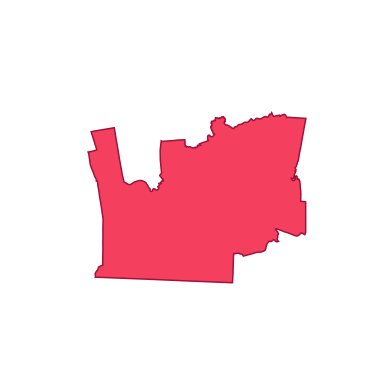 Crevedia Mare, Giurgiu, Romania (orthographic projection), rotated 124°
{"feature_id": "2599482B65943054980402", "entity_name": "Crevedia Mare", "entity_type": "district", "adm_level": 2, "iso_a3": "ROU", "parent_name": "Romania", "parent_adm1": "Giurgiu", "projection": "orthographic", "projection_center": [25.603, 44.429], "detail": "fine", "context": "isolated", "style": "filled", "palette": "rose", "viewbox_px": 384, "rotation_deg": 124, "n_neighbors": 0, "source": "geoboundaries", "source_scale": "gbopen_adm2", "svg_char_len": 5978}
<svg xmlns="http://www.w3.org/2000/svg" viewBox="0 0 384 384"><g transform="rotate(124 192 192)"><path d="M316.7,224.6L304.7,205.2L297.0,192.7L289.7,181.0L267.8,145.3L244.6,107.7L237.4,112.0L221.8,121.8L219.8,122.9L219.3,122.1L218.6,121.5L217.0,119.6L216.6,118.9L216.5,118.5L216.6,118.0L216.6,117.7L215.8,116.3L215.7,115.9L215.8,114.5L216.4,113.8L216.4,113.6L210.3,108.3L209.3,107.4L208.4,106.5L207.5,106.2L206.2,104.8L204.4,103.0L203.9,102.0L203.4,101.4L200.4,99.2L199.1,98.8L197.2,99.3L196.6,99.7L195.7,100.0L193.1,100.8L189.9,100.7L189.6,100.5L189.3,99.3L188.8,98.7L187.5,98.1L186.2,97.9L185.7,97.4L185.6,97.1L185.6,96.7L186.2,95.6L186.2,95.1L185.9,93.9L184.6,92.6L184.5,92.8L184.3,93.6L183.8,94.6L183.5,95.0L182.7,95.5L181.7,95.6L180.9,96.2L180.4,96.8L178.9,96.7L178.3,96.9L177.9,97.5L177.3,98.5L176.2,102.0L175.3,101.5L175.2,101.4L174.1,97.1L173.4,93.6L172.0,88.9L170.7,82.8L170.2,81.1L169.7,80.3L168.5,79.4L165.5,78.7L164.8,78.4L164.6,78.1L164.6,77.4L164.4,76.6L164.5,75.0L164.2,74.7L163.4,74.7L162.2,75.1L161.4,75.5L136.7,92.2L136.6,92.5L136.9,93.0L138.9,96.8L135.3,99.0L132.8,100.7L132.4,100.8L132.1,101.2L129.5,103.1L129.2,103.5L124.4,107.3L122.6,108.9L122.6,109.4L122.4,109.6L121.6,110.4L121.6,110.8L121.7,111.1L122.5,111.7L122.5,111.8L121.8,112.1L121.6,112.5L121.3,112.9L120.5,113.5L120.3,114.0L120.3,114.5L120.8,114.7L121.2,115.3L121.5,115.5L121.9,115.6L122.1,115.5L122.0,114.6L122.5,114.2L122.8,114.1L123.0,113.8L123.6,113.7L123.9,114.0L124.2,114.1L125.0,113.5L126.0,114.5L126.1,115.1L126.0,115.8L125.5,117.2L125.2,117.5L125.0,117.4L125.0,117.0L124.9,116.7L124.4,115.7L124.1,115.4L123.9,115.3L123.1,115.8L121.7,116.4L118.3,117.3L117.5,117.4L117.5,117.6L117.2,118.1L116.9,117.5L115.2,118.4L114.9,118.9L114.7,119.7L114.2,120.0L113.9,120.1L113.1,119.8L112.8,119.8L111.6,120.2L110.5,120.4L108.5,121.2L107.8,121.4L107.1,121.3L106.0,121.7L98.8,125.0L97.2,125.6L96.1,126.3L95.3,126.6L95.2,126.4L95.1,126.5L74.1,135.8L67.3,138.7L75.4,152.6L76.4,154.2L77.2,155.0L76.9,155.3L76.7,156.2L75.9,157.6L76.0,158.9L76.8,159.7L77.1,159.8L77.9,160.5L79.8,161.2L79.8,161.4L79.8,161.5L80.0,161.6L79.3,162.3L80.8,163.8L81.6,164.8L83.6,166.2L83.4,167.6L83.2,168.2L82.9,168.7L81.9,169.8L81.7,170.3L83.2,169.9L83.6,170.2L83.9,170.9L84.1,170.8L84.5,171.1L85.6,171.0L86.2,170.8L86.9,170.8L87.7,171.2L87.8,171.4L88.2,173.1L88.6,173.7L89.6,174.4L91.3,175.0L92.2,175.5L93.8,176.8L94.0,177.4L94.2,178.6L94.4,179.1L94.8,179.6L95.5,180.0L97.8,180.4L98.2,180.7L98.5,181.5L98.3,182.4L98.4,183.1L98.1,183.6L98.2,183.9L99.6,184.2L100.7,184.1L101.8,184.6L102.8,184.7L103.3,185.1L103.4,185.4L103.9,185.8L104.6,187.2L105.5,187.8L106.5,188.0L107.1,188.5L107.6,188.3L107.8,188.4L107.9,188.6L108.0,188.9L108.7,189.4L109.8,190.9L112.8,191.6L113.1,191.7L113.5,192.5L114.6,193.1L115.8,192.8L116.1,192.9L116.2,193.0L116.5,193.5L116.4,194.1L116.6,194.7L116.4,195.3L116.6,196.9L116.4,197.4L116.7,199.3L116.6,199.9L117.2,200.8L117.3,201.3L117.6,201.8L117.3,203.0L117.0,203.5L116.1,204.3L115.7,204.3L115.3,203.8L115.1,203.7L114.9,204.1L114.8,204.7L114.7,204.8L114.3,204.8L113.8,204.6L113.6,204.7L112.7,205.6L112.5,206.2L112.3,206.7L112.7,207.4L112.2,207.7L112.0,208.0L113.2,209.4L113.7,209.6L114.7,209.4L114.9,209.5L115.1,209.8L115.1,210.6L115.3,210.8L115.6,210.9L116.3,210.9L116.5,211.3L116.3,212.4L116.9,212.9L117.0,213.7L117.1,213.9L117.6,213.9L119.0,213.3L119.8,212.7L120.1,212.9L120.3,213.7L121.1,213.8L121.9,214.2L122.1,214.4L122.0,214.8L122.0,215.0L122.7,215.2L122.9,215.2L123.3,214.8L123.8,214.9L124.1,214.8L124.4,214.3L124.3,213.5L125.2,213.3L126.1,213.0L126.2,212.8L126.2,212.4L126.3,212.3L126.7,212.4L126.7,212.7L126.9,212.9L127.4,212.9L128.3,212.2L129.5,210.4L130.1,209.8L130.1,209.6L130.0,209.0L130.1,208.8L131.9,207.0L131.9,206.8L131.6,206.7L131.5,206.1L131.5,205.7L131.8,205.5L132.9,205.6L134.6,206.0L135.0,206.3L135.3,206.9L135.4,207.3L135.7,207.9L135.6,208.3L135.1,208.7L135.1,209.2L135.4,209.8L136.3,210.2L136.6,210.2L137.2,210.1L139.0,208.9L139.7,208.3L139.9,207.8L140.0,207.2L140.8,207.5L147.8,212.7L148.4,211.5L148.5,211.2L148.9,212.1L149.8,213.3L150.3,213.2L150.6,213.3L150.6,212.6L151.7,212.8L152.5,213.4L153.0,213.5L152.8,213.8L153.0,214.3L153.7,214.3L153.7,214.8L154.1,214.9L155.0,215.6L155.2,216.7L155.4,217.6L155.5,218.4L155.5,219.1L156.7,220.0L156.8,220.2L156.9,220.8L157.0,221.1L157.7,221.7L157.8,221.9L157.6,222.2L157.2,222.5L157.7,223.3L156.7,224.2L153.4,226.5L152.7,227.2L156.7,232.6L160.1,236.6L166.5,244.8L166.9,245.5L166.8,246.1L174.2,242.3L176.0,241.2L183.3,236.1L193.1,228.0L193.9,227.8L195.9,228.1L196.4,227.9L196.7,227.4L197.4,224.8L197.5,224.5L197.4,223.7L198.4,223.3L198.6,222.7L198.4,222.3L198.6,222.1L198.8,222.0L199.1,222.0L199.4,222.3L199.4,222.9L199.5,223.0L200.6,223.3L201.7,223.2L202.0,222.6L202.3,222.4L202.6,222.3L203.0,222.5L203.2,222.8L203.2,223.3L203.0,223.9L203.1,224.2L203.4,224.3L203.6,224.2L203.8,223.6L204.6,222.9L205.2,222.9L206.6,223.4L206.8,223.3L207.0,222.9L207.0,221.9L207.3,221.8L208.6,221.6L209.4,221.7L210.2,222.4L210.4,222.7L210.5,223.0L210.2,223.9L210.6,224.6L210.5,225.1L210.6,225.4L210.9,225.7L212.0,226.1L212.3,226.0L213.1,225.5L213.4,225.4L213.7,225.5L214.4,226.2L214.5,226.9L214.4,227.3L214.1,227.6L213.2,228.1L213.0,228.4L212.2,231.1L211.4,232.2L210.9,233.6L210.1,235.3L210.0,236.6L210.6,240.0L211.8,242.0L215.7,245.2L220.1,247.1L221.2,248.5L221.6,254.1L216.4,259.8L213.6,262.4L205.1,270.7L198.5,276.8L197.5,277.9L193.5,281.7L182.2,292.4L195.6,306.5L198.4,309.3L210.2,294.6L211.1,295.0L214.4,297.8L217.0,300.5L217.8,299.2L226.2,291.6L227.0,290.6L227.2,290.0L227.8,289.6L231.2,284.4L233.7,281.1L234.0,280.2L235.3,278.2L236.5,277.4L235.9,276.5L238.1,274.5L238.5,274.3L239.9,273.1L241.4,271.5L245.2,268.0L246.6,266.9L253.8,260.0L264.1,250.6L271.4,245.9L280.7,239.6L283.4,237.9L288.1,234.6L299.2,227.4L299.9,226.8L301.2,226.1L302.5,224.9L302.9,225.0L303.9,226.2L305.8,226.9L306.6,227.6L307.5,227.1L309.2,226.6L310.8,226.9L312.6,226.8L313.9,226.6L314.5,226.0L315.6,225.1L316.7,224.6Z" fill="#f43f5e" stroke="#9f1239" stroke-width="1.5"/></g></svg>